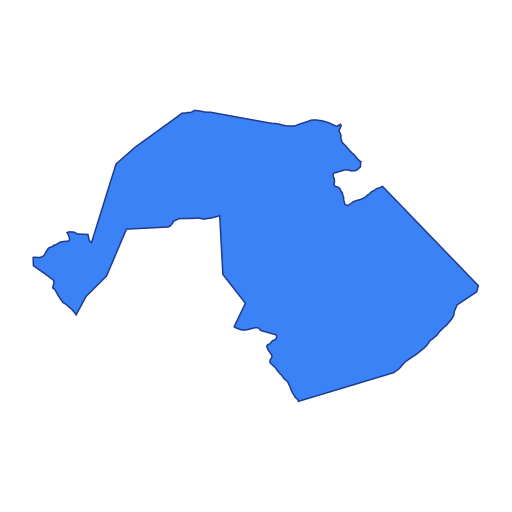 Santa María Sola, Oaxaca, Mexico (Equal Earth projection), rotated 271°
{"feature_id": "50627088B10783162199748", "entity_name": "Santa María Sola", "entity_type": "district", "adm_level": 2, "iso_a3": "MEX", "parent_name": "Mexico", "parent_adm1": "Oaxaca", "projection": "equal_earth", "projection_center": [-97.028, 16.567], "detail": "fine", "context": "isolated", "style": "filled", "palette": "blue", "viewbox_px": 512, "rotation_deg": 271, "n_neighbors": 0, "source": "geoboundaries", "source_scale": "gbopen_adm2", "svg_char_len": 3563}
<svg xmlns="http://www.w3.org/2000/svg" viewBox="0 0 512 512"><g transform="rotate(271 256 256)"><path d="M373.4,147.6L362.4,132.9L345.5,114.5L322.2,107.6L266.5,91.3L267.6,89.9L268.9,88.9L274.6,87.6L274.8,80.1L274.9,77.1L276.7,73.6L276.8,71.0L276.9,68.8L276.2,66.7L273.6,68.1L271.8,68.8L270.5,69.2L269.2,69.3L268.1,68.7L267.4,67.5L267.4,66.1L267.3,64.8L267.1,63.2L266.8,61.5L266.4,59.9L264.8,57.4L263.6,55.5L263.3,53.6L261.5,51.9L261.2,50.2L260.6,49.1L259.9,48.0L258.3,47.4L257.2,46.3L255.2,45.4L254.3,44.9L252.7,43.9L252.3,43.3L251.2,41.5L250.8,40.0L250.7,38.0L250.9,35.6L250.7,33.4L250.7,33.2L242.4,33.6L235.1,44.4L232.7,47.9L228.0,54.2L225.4,54.4L220.6,53.2L219.3,55.1L218.1,56.0L216.9,56.7L215.1,57.7L213.3,58.7L211.1,60.3L209.5,61.2L207.8,62.8L206.9,63.1L205.8,64.3L204.4,66.8L203.5,67.9L201.3,70.5L199.4,72.8L197.9,74.1L196.1,75.7L194.0,77.2L212.5,86.7L233.4,106.9L280.6,126.0L283.5,168.1L284.9,170.1L287.9,172.4L289.1,172.6L292.0,178.3L292.3,187.1L292.6,194.2L293.0,197.2L292.7,199.4L292.1,202.3L292.1,204.8L292.8,207.2L293.0,210.0L295.6,219.0L237.0,223.2L208.6,246.2L184.9,235.4L183.9,237.0L183.0,239.3L181.9,242.5L181.7,244.6L182.2,248.8L183.1,251.8L184.1,255.7L184.4,257.5L184.0,259.7L183.4,260.7L181.7,261.7L177.4,277.8L175.7,278.0L173.8,277.7L172.9,276.8L172.2,275.8L171.9,274.2L170.2,272.6L168.5,271.6L167.6,269.3L166.0,268.3L163.5,269.1L161.5,270.3L160.0,271.5L157.2,273.3L155.9,273.9L155.0,273.5L154.0,273.1L152.7,272.1L151.1,271.7L149.3,272.1L148.0,273.6L146.5,275.2L145.0,277.2L142.9,278.5L141.1,280.0L138.7,282.0L137.9,283.1L133.8,286.3L132.4,287.9L131.1,289.7L128.9,290.7L125.9,292.3L123.3,293.2L121.7,294.0L119.1,295.3L117.2,296.8L115.3,297.6L114.6,298.8L113.6,299.8L112.7,300.5L111.8,300.8L111.4,300.9L141.8,395.8L145.8,401.0L147.4,402.5L149.5,404.1L152.8,407.0L155.9,411.4L158.5,415.0L159.8,417.1L162.0,419.9L163.8,421.9L164.8,423.1L166.5,425.3L169.7,428.4L172.3,430.1L174.3,431.4L176.9,434.9L178.3,436.1L179.6,438.0L183.4,440.6L185.5,442.7L188.0,445.1L189.9,447.4L192.7,449.8L196.4,452.8L199.9,454.7L204.2,455.3L210.7,458.0L224.0,477.3L230.2,478.8L327.9,381.2L326.7,379.2L325.5,375.6L323.4,372.7L322.2,370.2L320.0,368.4L318.4,365.9L316.6,364.2L314.5,359.8L313.0,354.8L311.8,352.1L310.5,350.5L308.8,348.2L308.3,347.2L308.0,346.5L309.2,344.1L310.2,343.6L311.4,343.4L313.6,342.6L315.8,342.7L318.3,341.7L320.8,341.2L322.5,339.8L325.0,338.6L326.4,336.5L327.0,333.9L328.7,332.8L331.7,333.2L335.1,332.8L335.7,332.4L337.1,331.8L339.4,331.7L340.4,332.8L340.7,333.7L341.2,335.8L342.1,338.6L343.0,341.4L343.7,343.8L343.6,346.8L342.8,349.5L342.8,352.3L343.5,355.2L345.2,357.0L346.9,358.8L348.9,359.0L350.5,358.8L352.2,359.3L352.7,357.9L353.7,357.1L354.9,355.8L356.9,354.1L358.9,352.4L359.9,351.1L360.9,350.0L362.4,348.4L363.4,347.5L367.7,343.7L370.7,340.6L371.7,339.7L373.0,339.6L374.5,339.0L375.9,338.6L377.6,338.9L379.0,338.6L380.3,337.8L381.8,337.3L382.9,336.9L383.5,336.9L383.8,336.9L385.4,338.1L386.5,338.3L387.9,339.0L389.2,338.0L388.7,337.5L387.9,335.8L387.0,334.5L387.2,334.0L388.3,331.4L388.7,330.3L389.0,329.5L390.2,327.2L390.6,325.9L391.4,323.6L391.7,322.4L391.9,321.4L392.4,319.6L393.1,312.8L392.9,310.3L392.9,309.0L391.8,306.5L391.4,305.2L388.7,297.3L386.7,292.5L386.6,284.8L386.8,282.6L388.5,275.8L388.7,273.9L388.9,269.5L392.7,246.0L399.0,207.7L398.9,205.2L399.1,203.4L399.0,202.1L399.4,200.4L399.7,198.9L400.0,197.5L400.2,195.2L400.3,193.9L400.6,192.4L399.8,190.6L399.0,189.7L398.4,188.1L398.2,186.5L398.4,185.7L397.9,183.6L397.6,182.2L397.6,179.7L393.0,173.7L373.4,147.6Z" fill="#3b82f6" stroke="#1e3a8a" stroke-width="1.5"/></g></svg>